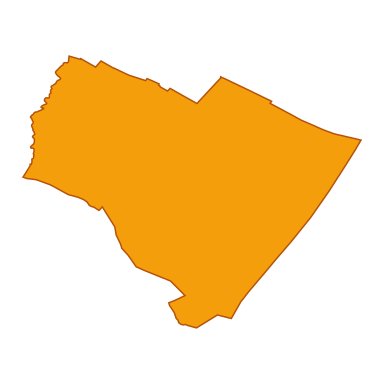 Vadu Pasii, Buzau, Romania
{"feature_id": "2599482B21628128014293", "entity_name": "Vadu Pasii", "entity_type": "district", "adm_level": 2, "iso_a3": "ROU", "parent_name": "Romania", "parent_adm1": "Buzau", "projection": "robinson", "projection_center": [26.877, 45.162], "detail": "fine", "context": "isolated", "style": "filled", "palette": "amber", "viewbox_px": 384, "rotation_deg": 0, "n_neighbors": 0, "source": "geoboundaries", "source_scale": "gbopen_adm2", "svg_char_len": 3943}
<svg xmlns="http://www.w3.org/2000/svg" viewBox="0 0 384 384"><path d="M239.0,305.0L240.8,301.8L241.9,300.4L245.5,295.8L248.6,291.8L249.1,291.2L260.3,278.0L264.8,272.7L277.0,258.1L279.1,255.7L291.9,240.8L310.8,217.3L329.2,190.9L337.5,177.9L340.3,173.6L347.5,162.3L355.4,149.7L356.2,148.3L361.0,140.1L360.6,140.0L359.3,139.7L354.8,138.6L347.3,136.9L341.1,135.4L340.3,135.3L334.5,133.9L328.3,131.7L323.8,130.0L320.1,128.4L316.4,126.8L313.8,125.6L309.2,123.6L301.1,120.1L289.5,113.7L289.4,113.7L284.0,110.8L281.8,109.6L270.1,103.4L271.6,101.3L268.2,99.6L264.1,97.7L262.7,97.0L260.8,96.0L258.9,95.1L257.6,94.5L255.8,93.6L254.7,93.1L253.7,92.6L253.1,92.3L251.8,91.6L251.3,91.4L250.7,91.1L250.1,90.8L249.8,90.7L249.4,90.5L249.0,90.3L248.7,90.1L248.0,89.8L247.7,89.7L246.9,89.3L245.9,88.8L244.3,88.0L242.9,87.4L242.4,87.1L240.8,86.4L240.0,86.0L237.5,84.8L236.5,84.3L234.2,83.2L233.7,83.0L231.8,82.1L231.6,82.0L229.4,80.9L228.9,80.7L227.5,80.0L226.5,79.5L226.1,79.3L225.8,79.2L225.1,78.9L224.1,78.4L222.9,77.9L222.1,77.7L221.7,77.4L221.2,77.1L220.7,76.8L220.6,77.6L220.5,78.2L216.0,83.0L199.1,101.2L197.1,103.4L196.9,103.5L186.7,97.8L170.1,88.4L167.6,90.9L167.5,91.0L160.1,86.8L159.9,85.9L158.5,85.0L159.1,83.9L152.4,80.9L147.1,78.6L145.6,80.6L128.9,75.2L114.4,68.3L114.3,68.2L114.2,68.2L114.0,68.4L101.0,61.0L100.3,61.7L95.6,67.1L80.7,58.6L80.3,59.3L79.7,59.1L75.3,57.9L69.1,56.1L68.4,62.0L67.5,62.8L64.8,62.6L63.4,63.2L63.2,64.1L62.9,65.0L61.5,65.8L59.4,67.8L58.4,68.9L57.7,69.6L56.7,70.5L56.3,71.0L56.1,71.2L56.0,71.4L55.8,71.7L55.6,72.0L55.6,72.8L55.7,73.1L56.1,73.7L56.9,74.8L57.2,75.2L57.5,75.6L58.1,75.9L58.7,76.5L59.3,77.0L59.7,77.4L60.1,77.6L60.3,77.9L60.5,78.3L60.6,78.7L60.5,78.9L60.1,79.4L59.1,79.9L58.3,80.2L57.6,80.6L57.1,81.0L56.5,81.9L56.0,82.7L56.0,83.1L55.5,83.6L54.4,84.3L53.9,84.7L53.4,85.0L52.8,85.4L51.9,85.8L51.3,86.3L51.2,86.8L51.2,87.4L51.5,87.9L51.8,88.4L51.9,88.7L51.7,89.1L51.3,89.5L50.8,90.0L50.6,90.6L50.5,91.3L50.7,91.9L51.0,92.4L51.0,92.7L50.9,93.0L50.1,93.6L49.6,94.0L49.4,95.0L49.3,96.1L49.4,97.4L49.0,97.9L48.1,98.0L47.0,97.8L46.0,97.8L45.2,98.3L44.8,99.0L44.5,99.9L44.4,100.6L45.0,101.4L46.2,102.5L46.7,103.2L46.3,104.0L44.8,104.5L42.4,105.6L41.3,106.6L41.0,107.1L41.3,107.6L42.2,107.9L43.4,108.1L43.7,108.3L43.6,108.7L43.0,109.1L42.0,109.6L39.7,110.7L37.6,111.6L36.3,112.1L35.2,112.1L34.5,112.5L33.7,113.4L33.6,113.8L33.3,114.2L32.8,114.6L32.4,114.9L32.0,115.0L31.7,115.4L31.1,116.2L30.6,116.6L30.5,117.0L30.6,117.4L31.0,117.9L31.4,118.4L31.7,118.8L32.4,120.4L32.5,120.7L32.6,121.0L32.9,121.3L33.2,121.9L33.3,122.2L33.2,122.8L32.8,123.4L32.0,124.4L31.8,125.0L31.6,125.5L31.6,125.9L32.4,127.8L33.0,129.2L32.9,129.5L32.9,130.1L33.0,130.5L33.5,131.0L34.0,131.9L34.3,132.8L34.6,133.6L34.7,134.0L34.6,134.4L34.3,134.7L33.6,135.3L32.9,136.0L32.6,136.4L32.6,136.6L32.6,137.0L33.1,137.6L34.2,138.7L34.4,140.0L34.4,141.3L34.2,142.7L33.6,144.0L32.0,145.4L31.0,146.4L30.6,147.1L30.6,147.7L30.9,148.0L31.6,148.2L32.9,148.1L33.7,148.6L34.1,149.9L34.0,151.4L33.5,153.0L33.4,154.2L33.8,154.5L33.8,155.1L33.6,156.8L33.6,157.3L33.5,157.9L33.2,158.4L32.4,158.9L31.9,159.1L31.9,160.1L32.0,161.7L31.3,164.4L30.6,164.3L30.1,164.3L30.1,165.8L28.7,168.1L26.8,171.2L24.7,174.5L23.0,177.1L26.6,178.5L36.3,179.7L50.0,184.7L52.6,186.0L64.6,192.6L67.5,194.2L68.3,194.6L78.2,197.3L79.5,197.9L80.8,198.4L83.3,199.5L84.4,200.1L86.1,201.3L86.9,201.9L87.3,202.3L88.6,204.3L88.9,204.8L89.5,205.4L90.4,206.0L91.1,206.3L92.6,206.9L93.5,207.0L94.5,207.5L95.8,208.4L97.3,209.4L98.2,209.9L98.9,210.4L99.3,210.1L99.6,209.8L99.9,209.5L100.1,209.2L100.6,208.7L101.5,207.8L102.3,206.9L114.8,226.9L116.2,235.0L120.6,244.2L121.8,248.3L128.1,255.2L136.2,266.8L144.5,270.5L170.5,281.0L175.2,285.7L185.0,295.6L174.2,300.7L168.8,302.8L169.5,305.4L171.0,307.6L174.3,312.7L176.2,318.4L177.9,320.1L178.8,322.8L181.2,324.4L183.3,324.9L185.3,324.5L187.8,325.5L196.5,327.9L217.4,315.0L231.3,318.5L239.0,305.0Z" fill="#f59e0b" stroke="#b45309" stroke-width="1.5"/></svg>